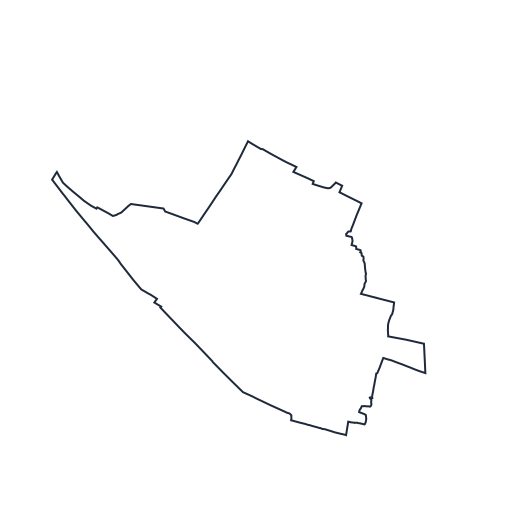 Beresti-Bistrita, Bacau, Romania, rotated 222°
{"feature_id": "2599482B84899820201709", "entity_name": "Beresti-Bistrita", "entity_type": "district", "adm_level": 2, "iso_a3": "ROU", "parent_name": "Romania", "parent_adm1": "Bacau", "projection": "equal_earth", "projection_center": [26.845, 46.704], "detail": "fine", "context": "isolated", "style": "outline", "palette": "slate", "viewbox_px": 512, "rotation_deg": 222, "n_neighbors": 0, "source": "geoboundaries", "source_scale": "gbopen_adm2", "svg_char_len": 4610}
<svg xmlns="http://www.w3.org/2000/svg" viewBox="0 0 512 512"><g transform="rotate(222 256 256)"><path d="M337.8,332.7L337.5,331.4L337.1,330.1L334.5,320.9L333.1,315.5L332.0,311.5L331.3,308.8L330.3,304.9L329.3,301.4L329.0,300.0L328.8,298.7L328.5,296.0L327.8,290.9L327.3,287.1L326.3,280.0L325.5,273.5L324.6,267.6L323.6,260.9L322.8,254.9L322.4,251.8L321.9,248.7L320.9,241.1L321.0,240.9L324.6,240.0L330.1,237.7L335.9,235.3L344.9,231.7L353.3,228.3L356.5,229.4L378.2,214.7L383.7,211.0L384.3,207.9L384.7,203.5L385.2,198.2L385.7,196.9L386.2,195.9L386.7,194.9L387.2,193.1L389.1,190.0L395.4,188.7L401.4,187.2L404.0,186.6L406.5,185.9L406.3,184.4L412.2,183.0L420.8,181.9L428.1,181.7L434.2,181.4L443.2,181.2L448.5,181.3L449.8,181.7L455.7,183.6L458.7,184.7L460.2,185.2L460.0,183.7L458.6,176.3L445.7,173.9L441.6,173.1L437.8,172.5L434.2,171.8L422.8,169.8L418.7,169.1L414.4,168.5L411.2,168.0L407.0,167.4L403.1,166.9L392.9,165.3L388.0,164.7L374.6,163.1L360.0,161.3L355.1,160.6L351.2,159.6L336.2,157.0L331.1,156.1L322.0,154.8L318.8,154.4L310.7,156.1L308.5,156.7L300.9,157.9L300.8,156.7L300.4,153.4L292.6,154.9L292.6,153.7L266.1,151.7L257.1,151.1L248.0,150.7L243.1,150.5L218.0,148.6L217.4,148.3L201.1,147.3L189.1,146.7L174.5,146.1L173.0,146.6L164.2,149.4L161.3,150.1L157.6,151.2L145.1,154.9L139.5,156.7L129.7,159.8L127.7,160.4L126.7,161.0L125.9,161.3L125.3,161.4L123.2,161.3L122.1,160.1L120.8,158.7L120.0,157.4L115.1,159.9L112.3,161.3L106.9,164.2L104.1,165.4L103.0,166.2L101.8,166.7L99.1,168.0L96.8,169.2L94.8,170.2L94.0,170.5L93.2,171.0L92.9,171.3L91.7,171.6L91.1,171.8L90.3,172.5L88.2,173.7L84.7,175.3L83.9,175.7L79.0,177.9L78.3,178.3L74.0,180.6L72.7,181.4L70.2,182.7L69.8,182.9L69.2,183.1L69.3,183.3L70.0,184.4L70.1,184.5L71.0,185.9L71.3,186.4L72.1,187.6L72.2,187.8L73.8,190.2L75.3,192.7L76.6,194.6L75.5,195.3L74.3,195.8L73.2,196.6L71.6,197.8L71.1,197.9L71.0,198.1L69.8,199.3L69.2,199.8L68.2,200.2L67.5,200.7L66.9,201.2L66.3,201.5L65.9,201.6L65.4,202.0L65.0,202.2L64.6,202.4L64.1,202.7L63.2,203.2L62.7,203.4L62.6,203.8L62.8,204.4L63.0,205.1L63.3,205.8L63.6,206.6L64.1,207.2L64.5,207.8L65.0,208.6L65.4,209.1L66.2,209.7L66.6,210.1L67.1,210.5L67.9,211.3L68.8,211.2L69.9,210.9L71.8,210.2L73.3,209.6L74.9,209.0L75.5,209.9L75.8,210.7L76.1,211.5L76.1,212.9L76.5,214.0L76.9,215.1L76.2,215.8L75.2,216.7L74.8,217.3L74.2,217.6L73.2,218.3L72.5,218.9L72.1,219.2L71.8,219.6L71.4,219.8L70.5,220.3L70.3,221.0L70.5,221.9L70.7,222.4L70.9,222.8L71.3,223.3L72.1,223.9L72.7,224.5L73.5,225.7L74.3,226.4L75.3,226.5L76.0,226.5L76.5,226.7L77.0,227.1L77.4,227.3L76.6,227.3L76.0,227.3L75.3,227.6L74.6,227.8L74.5,228.3L75.0,228.4L75.7,229.2L76.7,230.9L77.5,232.1L78.0,233.1L78.7,234.2L79.7,235.7L80.7,237.3L81.9,239.4L83.3,241.6L84.7,243.9L85.8,245.8L88.0,249.1L87.5,249.9L87.5,250.3L88.3,252.6L89.8,256.8L90.2,257.7L93.2,265.4L90.8,266.5L87.5,268.0L87.1,268.4L84.4,269.5L80.7,270.9L78.2,271.9L74.3,273.5L71.2,274.6L66.8,276.3L61.8,278.1L57.5,279.8L54.3,281.2L51.8,282.3L58.4,289.0L70.7,301.4L71.7,302.4L72.5,303.2L73.7,302.5L80.5,298.7L88.5,294.2L104.0,284.7L104.4,285.2L105.4,286.2L106.1,286.9L107.5,288.3L108.5,289.2L109.3,290.3L110.7,291.9L111.9,293.3L112.4,294.2L113.5,296.2L114.4,298.2L114.7,299.2L115.1,300.2L115.7,301.7L115.8,302.9L115.9,304.0L116.6,305.2L117.0,306.0L117.4,307.0L118.7,308.9L120.0,310.6L121.4,312.7L122.3,313.9L135.7,306.9L152.7,298.1L153.2,299.8L153.7,301.0L154.0,302.5L154.5,304.1L154.8,305.2L155.2,305.8L155.6,306.5L156.6,307.7L157.1,309.6L157.4,310.8L157.7,311.2L158.1,311.5L158.6,311.8L159.2,312.5L160.3,313.5L160.9,314.1L161.3,314.6L161.6,315.0L162.3,316.3L162.6,316.7L163.2,316.9L164.6,318.0L166.0,319.2L167.2,320.3L168.8,321.8L169.9,322.9L170.9,323.5L172.0,324.0L172.9,324.4L173.3,324.7L173.6,324.9L174.0,325.7L174.3,326.1L174.9,326.6L175.8,327.4L176.5,327.3L177.0,327.1L177.4,327.0L177.7,327.1L178.3,327.7L179.6,328.8L181.0,328.5L181.2,329.5L182.0,330.2L183.0,330.0L183.9,329.5L186.2,328.3L188.0,330.1L189.7,329.4L192.3,328.1L194.1,331.5L194.6,332.0L196.3,333.4L197.2,334.0L197.6,334.0L198.3,333.8L199.2,333.2L200.9,332.4L202.3,331.5L203.7,332.6L203.6,333.8L203.8,334.9L203.6,336.2L202.1,337.6L202.3,338.2L203.2,339.7L204.7,343.9L208.9,354.7L210.1,358.2L212.8,365.8L213.4,365.6L217.2,364.6L229.3,361.2L234.5,359.8L236.6,359.2L239.0,365.9L240.7,365.4L245.9,364.0L245.8,363.1L246.2,357.1L246.5,356.1L247.8,354.5L251.4,352.4L256.3,350.1L260.9,348.0L262.1,347.5L263.2,350.3L268.5,348.7L271.7,347.7L282.0,344.3L284.5,343.5L285.5,349.2L290.3,347.8L296.0,346.1L299.5,345.2L303.1,344.3L308.9,342.9L315.4,341.4L322.5,339.9L323.9,338.8L333.6,336.8L338.7,335.9L337.8,332.7Z" fill="none" stroke="#1e293b" stroke-width="2"/></g></svg>